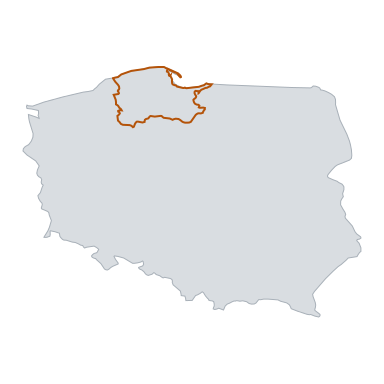 Pomeranian highlighted on a map of Poland
{"feature_id": "POL-3140", "entity_name": "Pomeranian", "entity_type": "Voivodeship", "adm_level": 1, "iso_a3": "POL", "parent_name": "Poland", "parent_adm1": "", "projection": "robinson", "projection_center": [18.491, 54.136], "detail": "fine", "context": "in_parent", "style": "outline", "palette": "amber", "viewbox_px": 384, "rotation_deg": 0, "n_neighbors": 0, "source": "natural_earth", "source_scale": "10m", "svg_char_len": 6104}
<svg xmlns="http://www.w3.org/2000/svg" viewBox="0 0 384 384"><path d="M343.0,209.2L344.9,212.2L345.7,214.5L345.0,216.3L345.3,218.1L352.3,226.0L355.0,231.7L356.7,233.9L360.6,236.8L361.0,238.0L359.5,239.1L357.3,239.5L356.7,240.6L359.1,243.2L360.9,247.8L360.9,251.5L359.6,252.4L358.1,254.6L357.0,256.6L348.2,258.0L346.1,260.2L341.3,264.4L338.0,266.7L333.2,271.1L325.6,278.6L314.5,291.4L312.6,294.3L313.1,296.7L315.2,302.4L315.7,305.0L315.4,307.3L314.8,309.5L314.9,310.4L319.9,314.3L320.1,315.1L319.7,316.2L318.7,317.0L314.9,316.1L310.7,314.5L309.3,314.7L307.0,314.3L297.6,311.2L291.2,308.7L290.6,307.1L289.4,304.8L286.7,302.9L280.5,301.2L278.0,299.9L268.0,299.1L263.7,299.1L260.6,299.7L258.7,299.6L256.0,303.0L254.2,304.0L251.5,304.1L249.1,303.5L246.6,301.7L242.7,300.8L239.9,301.2L237.8,300.8L236.1,300.7L235.4,301.1L234.0,301.0L231.9,301.9L229.7,303.1L227.2,304.1L225.2,306.0L223.5,310.0L218.7,308.2L217.0,309.0L214.7,309.5L213.2,308.9L213.5,307.6L214.2,306.1L214.2,304.0L213.7,301.6L212.2,300.9L209.9,300.6L208.7,300.1L208.6,299.3L207.5,298.3L205.4,295.8L203.5,292.7L202.2,291.8L200.3,293.3L197.4,294.9L195.6,295.5L192.2,300.4L185.9,300.6L185.6,298.3L184.9,296.1L181.2,295.6L181.1,294.3L180.4,291.1L173.1,284.8L172.2,282.1L172.5,281.1L171.9,279.5L170.4,278.5L164.6,277.3L163.1,277.9L161.8,277.2L159.7,275.7L156.0,274.5L155.7,273.9L154.3,272.8L153.6,272.7L153.1,273.3L152.1,274.2L148.3,275.4L146.8,274.9L145.5,273.9L144.0,271.8L141.7,269.9L139.9,269.2L138.8,268.2L138.6,267.4L142.7,265.9L143.6,264.3L143.1,261.4L142.5,261.0L140.9,262.0L137.4,262.9L134.3,263.3L132.6,263.3L123.7,258.0L117.8,256.4L114.4,255.9L114.0,256.4L115.5,259.4L118.2,263.1L118.1,264.0L113.0,266.2L110.8,267.5L108.9,269.2L107.4,270.0L106.0,269.8L104.5,269.0L100.9,263.6L96.2,259.4L95.7,258.5L94.2,258.3L92.2,257.3L91.5,256.0L92.5,254.7L94.0,253.5L96.5,252.8L97.3,252.1L97.8,251.0L98.7,249.6L98.5,249.1L96.7,247.6L94.1,246.1L86.7,247.2L84.6,248.0L83.5,247.0L82.7,245.5L80.8,245.2L78.3,243.8L75.3,242.5L72.3,242.1L66.2,240.2L63.9,240.1L62.5,239.4L61.1,238.0L59.9,236.4L59.4,233.2L54.9,231.7L50.4,230.8L50.1,231.2L50.2,234.5L49.9,236.2L46.9,237.3L44.0,237.4L44.1,236.9L47.8,231.0L49.4,227.3L51.4,220.6L49.3,215.2L48.8,212.7L47.8,211.5L41.7,208.9L41.3,208.0L42.3,204.5L41.9,203.0L40.4,201.5L38.6,198.4L37.9,195.7L40.4,192.6L42.2,187.2L43.2,185.1L41.6,183.8L41.2,182.1L41.7,179.7L40.9,177.9L38.8,176.7L37.4,175.1L36.8,173.2L37.4,170.1L39.2,165.9L35.7,160.9L27.1,155.1L23.0,151.0L23.4,148.6L25.3,146.5L28.7,144.6L31.3,141.2L32.9,137.2L33.1,133.6L29.5,121.9L28.9,119.0L28.4,114.5L35.9,117.0L39.1,118.4L38.7,116.8L38.1,115.5L38.6,113.5L38.4,110.5L31.6,109.0L27.0,108.5L26.5,106.4L27.0,105.1L28.3,105.8L32.7,106.1L43.9,102.1L63.0,96.9L83.4,92.1L88.2,91.5L93.0,90.5L94.8,88.7L96.5,87.4L99.3,84.2L105.5,79.2L116.3,77.4L120.4,75.0L128.8,71.7L148.1,68.0L156.1,67.1L164.0,67.0L171.0,70.0L178.4,73.6L179.7,75.8L175.7,74.4L169.8,71.2L167.7,71.0L172.7,81.0L175.4,84.5L181.0,87.1L185.6,88.0L199.9,86.4L205.0,84.3L206.4,83.3L207.7,83.8L226.5,84.9L291.5,87.5L310.2,87.9L311.4,87.6L313.2,86.0L315.6,86.2L318.4,87.2L319.7,88.0L320.2,88.9L320.6,89.9L322.1,90.1L324.9,90.9L328.6,92.6L331.6,94.3L334.5,96.8L335.5,99.5L335.6,102.7L335.5,104.7L340.0,120.1L346.8,134.1L349.4,140.9L350.4,144.6L351.4,149.8L351.7,153.5L351.8,155.6L351.4,158.4L349.5,160.1L337.4,164.9L335.1,166.5L331.6,170.2L328.4,174.1L327.6,175.4L327.5,176.3L328.2,177.6L332.7,179.6L337.2,181.3L338.7,182.5L342.0,184.1L343.2,185.6L343.9,186.8L343.9,189.7L342.6,193.7L343.3,196.7L341.9,198.7L340.7,201.0L340.6,204.9L343.0,209.2Z" fill="#d9dde1" stroke="#a8b0b8" stroke-width="1"/><path d="M206.6,83.4L207.3,83.8L208.9,84.2L211.5,84.3L211.4,84.4L211.0,84.4L211.1,84.5L211.2,85.0L210.7,85.3L210.5,85.7L210.3,86.2L210.0,86.4L209.5,86.5L209.1,86.6L206.9,87.8L205.6,87.9L205.1,88.1L202.5,89.3L202.1,89.4L201.7,89.6L200.8,90.2L200.0,91.2L199.8,91.4L199.6,91.7L199.0,92.8L198.5,93.2L198.5,92.5L198.7,92.0L198.9,91.6L199.2,91.4L199.2,91.1L198.4,91.2L195.5,90.9L194.7,91.6L194.5,93.0L195.2,94.7L195.9,95.6L196.2,96.7L195.9,97.4L195.4,98.1L193.9,99.2L193.4,99.8L193.5,100.7L194.1,102.5L195.2,103.9L196.8,104.6L198.5,104.8L199.4,105.7L198.8,107.4L199.9,107.8L203.2,107.6L204.9,108.0L204.8,108.7L204.8,109.4L204.4,109.9L203.8,110.4L203.3,111.6L202.9,112.1L202.8,112.8L200.9,113.4L198.2,113.3L196.8,114.0L195.7,114.9L190.8,121.9L189.0,122.6L185.2,122.7L183.3,122.2L182.3,121.7L180.1,119.9L179.6,119.7L179.1,119.3L178.5,119.0L175.7,118.7L173.8,119.2L172.6,119.8L169.7,118.5L163.7,117.8L162.6,117.0L161.6,116.0L160.5,115.9L154.8,116.6L150.6,116.0L149.7,116.5L148.3,118.4L146.0,119.0L144.9,119.8L144.8,120.4L144.6,121.0L144.6,121.9L142.5,122.5L137.9,121.6L136.7,121.7L135.7,122.7L134.9,124.0L133.9,126.7L132.9,127.2L131.5,125.8L129.7,125.1L122.9,124.8L120.9,123.9L119.6,122.1L118.0,120.6L117.4,115.9L118.8,114.8L119.8,113.5L119.5,112.6L118.9,111.9L118.2,111.6L118.2,110.8L119.9,110.2L121.7,110.4L121.1,109.3L120.3,108.5L119.4,107.9L118.2,105.9L117.4,105.2L116.0,104.4L116.0,102.1L115.7,99.7L113.7,94.8L118.3,94.0L118.9,93.4L118.7,92.3L118.1,91.6L117.8,91.0L118.0,90.3L118.9,89.6L119.3,88.4L119.0,86.4L118.0,84.8L115.3,81.8L113.0,78.3L113.0,78.2L115.5,77.5L116.9,77.3L118.1,77.0L121.3,74.4L131.3,70.9L143.8,69.1L149.5,67.6L158.3,67.0L163.7,67.0L164.5,67.2L165.7,68.0L166.1,68.2L166.8,68.3L178.1,73.4L180.2,75.4L180.5,75.9L180.9,76.5L180.9,77.1L180.3,77.3L180.2,77.2L180.0,76.9L179.8,76.5L179.2,76.2L178.8,75.4L178.2,74.9L176.7,72.9L176.4,72.8L175.2,72.6L174.9,72.5L174.6,72.1L173.7,71.9L171.7,70.9L169.7,70.2L169.4,69.8L168.3,69.2L168.1,69.1L167.7,69.2L167.4,69.5L167.0,70.7L166.9,71.0L166.9,71.6L167.1,71.7L167.9,72.0L168.1,72.2L168.5,72.7L168.9,73.5L168.9,73.8L168.8,74.1L168.8,74.4L169.2,74.7L169.0,75.5L169.4,75.9L170.0,75.8L170.6,75.2L170.4,76.0L170.6,76.5L171.0,77.0L171.9,78.9L172.1,79.4L172.0,80.3L172.0,82.0L172.2,83.6L172.7,84.4L173.2,84.5L174.2,85.1L174.8,85.2L175.2,85.2L175.8,85.4L176.2,85.6L176.4,86.0L177.0,86.6L182.6,87.9L183.8,88.0L184.9,87.6L185.2,87.8L185.5,88.0L186.5,88.2L198.9,86.8L201.6,85.8L202.9,85.5L204.0,85.2L206.0,83.6L206.6,83.4Z" fill="none" stroke="#b45309" stroke-width="2"/></svg>